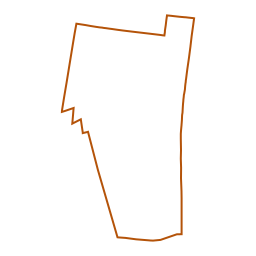 Negoi, Dolj, Romania (Equal Earth projection)
{"feature_id": "2599482B37503809350208", "entity_name": "Negoi", "entity_type": "district", "adm_level": 2, "iso_a3": "ROU", "parent_name": "Romania", "parent_adm1": "Dolj", "projection": "equal_earth", "projection_center": [23.369, 43.899], "detail": "fine", "context": "isolated", "style": "outline", "palette": "amber", "viewbox_px": 256, "rotation_deg": 0, "n_neighbors": 0, "source": "geoboundaries", "source_scale": "gbopen_adm2", "svg_char_len": 1364}
<svg xmlns="http://www.w3.org/2000/svg" viewBox="0 0 256 256"><path d="M181.6,234.2L181.6,220.9L181.6,211.4L181.6,198.6L181.5,191.3L181.0,178.2L181.1,167.8L180.8,158.6L181.0,150.3L180.8,138.8L180.8,135.9L180.8,133.9L181.0,130.8L181.5,125.4L181.9,120.1L182.1,115.1L182.5,112.7L182.8,107.3L183.0,104.2L183.3,101.1L183.4,99.5L183.5,98.7L183.7,97.1L183.9,94.8L184.2,93.6L184.9,89.6L185.2,85.8L185.5,83.2L185.7,82.2L185.8,80.6L186.1,78.7L186.5,75.5L186.9,72.4L187.3,69.3L189.0,57.6L190.4,46.9L191.7,35.7L193.1,25.7L194.1,18.3L193.1,18.1L191.1,17.9L187.5,17.5L185.9,17.3L184.2,17.2L182.1,17.0L179.8,16.8L177.1,16.5L174.4,16.2L171.0,15.8L167.9,15.5L167.0,15.4L166.3,20.4L165.7,25.5L164.9,30.8L164.9,31.3L164.9,31.9L164.8,32.6L164.8,32.8L164.7,33.4L164.6,33.5L164.6,33.9L164.6,34.1L164.4,35.5L163.2,35.4L159.9,34.9L153.2,34.1L131.9,31.6L122.8,30.5L117.5,29.8L112.0,29.0L108.9,28.6L106.2,28.2L104.4,28.0L103.6,27.9L102.0,27.6L99.7,27.4L95.7,26.8L90.7,26.0L85.7,25.1L78.5,24.0L77.2,23.8L76.4,23.7L74.7,33.0L73.2,42.0L69.1,67.1L66.6,82.5L64.3,96.1L63.7,99.8L62.0,110.4L61.9,111.9L65.1,110.9L73.6,108.0L73.1,114.3L72.3,123.6L75.9,121.8L80.8,119.3L81.2,122.0L82.8,132.8L82.8,133.1L87.0,132.1L88.0,131.8L97.9,169.9L117.5,237.3L118.3,237.4L125.4,237.9L136.0,239.3L150.7,240.5L153.1,240.6L160.5,239.9L176.8,234.3L181.6,234.2Z" fill="none" stroke="#b45309" stroke-width="2"/></svg>